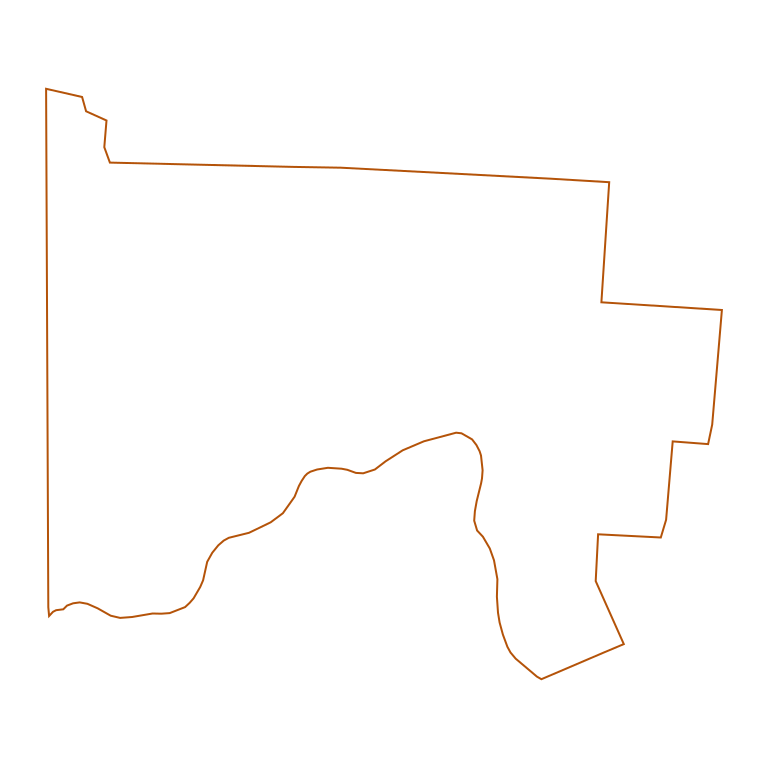 Scioto, Ohio, United States of America
{"feature_id": "52423323B59045982564985", "entity_name": "Scioto", "entity_type": "district", "adm_level": 2, "iso_a3": "USA", "parent_name": "United States of America", "parent_adm1": "Ohio", "projection": "robinson", "projection_center": [-82.99, 38.793], "detail": "fine", "context": "isolated", "style": "outline", "palette": "amber", "viewbox_px": 768, "rotation_deg": 0, "n_neighbors": 0, "source": "geoboundaries", "source_scale": "gbopen_adm2", "svg_char_len": 1264}
<svg xmlns="http://www.w3.org/2000/svg" viewBox="0 0 768 768"><path d="M550.8,178.7L340.9,167.7L293.3,166.9L109.9,162.6L104.3,147.2L106.5,120.5L86.1,111.3L82.1,97.0L46.1,88.8L48.3,607.2L49.1,616.0L53.0,611.8L56.1,610.2L63.3,609.3L67.0,605.6L73.1,603.3L79.7,602.4L87.4,603.8L97.6,608.3L110.7,615.7L120.1,617.9L132.1,617.0L152.6,613.5L161.2,613.7L169.7,613.1L185.1,607.1L189.7,602.8L193.6,598.3L200.2,587.0L203.1,580.3L207.2,561.8L212.3,552.7L218.3,545.3L223.7,540.6L228.8,537.8L249.0,532.8L270.7,522.3L282.9,513.2L292.0,500.4L294.6,496.7L298.9,486.0L301.6,481.0L304.8,476.1L307.1,473.8L307.3,473.6L310.4,471.7L317.1,469.5L327.9,467.8L341.5,468.7L347.3,469.8L355.9,472.9L363.2,473.3L374.9,469.5L385.6,461.3L402.7,450.3L423.9,441.3L456.1,432.7L461.5,433.3L472.1,439.4L476.4,445.0L477.7,447.5L479.6,451.2L481.0,455.5L482.6,470.3L482.0,478.4L481.1,483.3L476.7,501.1L474.9,511.2L474.2,520.7L477.1,530.5L482.9,536.7L489.8,548.5L494.0,560.3L497.4,579.2L496.9,596.7L498.0,612.7L499.6,622.5L502.9,634.6L507.4,646.8L510.5,652.5L515.7,658.7L536.9,676.6L541.4,679.2L604.1,652.4L623.8,644.1L595.7,581.1L598.1,534.3L660.8,537.5L666.1,519.8L672.7,441.4L708.1,444.1L712.2,424.6L721.9,310.0L601.4,302.3L609.2,182.2L550.8,178.7Z" fill="none" stroke="#b45309" stroke-width="2"/></svg>